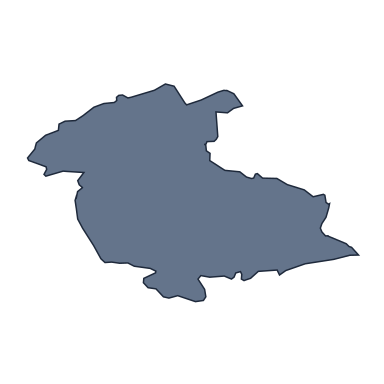 the Unitary District of Stirling, rotated 356°
{"feature_id": "GBR-2016", "entity_name": "Stirling", "entity_type": "Unitary District", "adm_level": 1, "iso_a3": "GBR", "parent_name": "United Kingdom", "parent_adm1": "", "projection": "robinson", "projection_center": [-4.325, 56.249], "detail": "fine", "context": "isolated", "style": "filled", "palette": "slate", "viewbox_px": 384, "rotation_deg": 356, "n_neighbors": 0, "source": "natural_earth", "source_scale": "10m", "svg_char_len": 1855}
<svg xmlns="http://www.w3.org/2000/svg" viewBox="0 0 384 384"><g transform="rotate(356 192 192)"><path d="M324.6,245.2L324.6,245.5L342.3,254.4L344.8,257.3L347.3,258.3L353.7,266.5L345.0,266.1L328.6,269.1L299.9,271.5L280.1,276.9L273.5,280.9L271.5,275.8L252.6,275.8L244.4,282.2L239.7,283.4L237.7,284.0L235.2,282.3L235.9,277.6L234.8,274.8L230.0,275.8L228.0,279.9L225.3,281.6L218.3,278.1L203.7,278.2L195.0,276.0L191.9,279.3L197.8,290.0L198.5,297.5L195.8,301.0L187.8,301.6L170.5,294.4L169.1,294.7L161.6,296.2L156.2,294.6L149.3,286.1L141.5,284.4L137.2,279.1L137.9,274.8L150.0,270.1L150.4,268.4L145.0,265.3L129.2,262.0L122.9,258.2L123.0,258.3L114.8,258.0L106.9,256.3L100.3,256.3L96.5,252.3L90.1,238.5L80.4,220.6L76.1,211.0L75.5,201.2L75.5,200.5L75.4,199.9L74.8,192.2L76.2,188.5L76.4,189.0L77.9,183.6L81.5,181.1L83.0,180.0L83.0,179.9L80.0,176.9L79.2,174.1L78.8,172.7L85.5,165.0L68.9,162.8L64.9,162.2L62.5,162.7L47.3,166.0L45.8,164.3L45.6,164.1L46.4,162.8L48.6,159.3L48.4,157.9L48.2,156.7L31.4,149.2L30.3,146.6L38.2,138.2L39.1,135.3L40.2,132.2L49.9,125.2L63.0,121.2L63.9,116.1L64.1,115.0L70.3,112.5L80.8,112.6L88.5,108.3L100.0,100.6L110.2,97.6L120.7,97.3L123.3,95.5L123.3,92.3L125.7,90.5L129.5,90.4L134.6,93.7L138.1,93.2L161.6,87.9L173.0,82.4L181.5,85.2L191.1,102.7L192.7,104.7L207.5,100.9L224.8,94.2L230.9,92.8L233.5,93.3L233.8,93.1L240.6,96.9L248.4,109.6L239.3,111.5L232.9,115.5L221.5,113.8L221.6,138.5L219.9,141.1L217.6,143.0L210.5,142.8L209.2,145.3L207.5,145.4L209.0,145.9L209.2,151.9L212.7,154.7L211.9,161.9L226.3,172.7L241.1,175.2L247.4,180.9L252.3,182.7L254.5,182.4L256.5,178.6L258.5,178.2L263.4,183.1L277.6,184.4L287.6,191.3L304.1,197.7L312.5,205.2L322.9,203.5L324.3,204.5L325.0,211.8L327.4,213.7L328.4,213.2L327.3,217.4L323.9,226.6L319.4,232.5L317.5,237.0L318.8,240.9L322.1,245.1L324.6,245.2Z" fill="#64748b" stroke="#1e293b" stroke-width="1.5"/></g></svg>